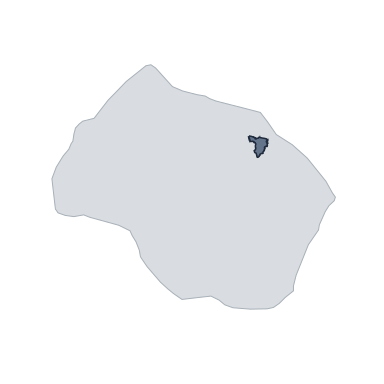 Kueneng, Berea, Lesotho (highlighted), rotated 73°
{"feature_id": "5366337B11149165517433", "entity_name": "Kueneng", "entity_type": "district", "adm_level": 2, "iso_a3": "LSO", "parent_name": "Lesotho", "parent_adm1": "Berea", "projection": "orthographic", "projection_center": [27.999, -29.014], "detail": "fine", "context": "in_parent", "style": "filled", "palette": "slate", "viewbox_px": 384, "rotation_deg": 73, "n_neighbors": 0, "source": "geoboundaries", "source_scale": "gbopen_adm2", "svg_char_len": 4871}
<svg xmlns="http://www.w3.org/2000/svg" viewBox="0 0 384 384"><g transform="rotate(73 192 192)"><path d="M250.4,256.7L240.1,259.9L238.7,260.2L232.1,259.4L223.3,260.1L216.4,261.9L211.0,262.6L202.3,271.9L186.4,297.0L182.2,302.3L181.0,312.2L177.3,320.1L172.8,326.2L168.4,327.6L155.2,325.2L138.4,322.1L128.5,314.5L119.8,304.6L115.1,297.3L110.3,293.3L108.6,291.1L101.7,287.8L99.1,286.1L96.8,284.8L94.0,280.0L92.3,275.8L92.9,264.1L88.0,257.2L79.6,245.3L74.3,235.6L67.0,222.4L62.5,211.0L57.8,199.2L58.3,194.1L62.7,190.6L75.5,184.6L85.5,179.9L92.6,171.5L100.3,158.9L104.1,151.3L107.9,147.8L112.0,142.5L119.2,130.7L127.2,117.5L135.9,103.4L146.8,99.3L161.7,94.6L176.1,82.3L193.2,71.9L220.9,60.8L233.9,58.0L238.8,56.4L241.9,58.5L245.1,65.0L249.8,70.4L260.6,79.8L265.3,82.1L276.4,96.1L288.3,105.7L302.1,116.8L311.4,122.4L316.2,123.9L320.1,133.7L324.0,141.0L326.2,147.8L325.7,154.3L321.1,170.4L314.6,186.8L309.5,193.6L303.2,197.8L297.1,204.3L294.6,217.5L291.8,233.0L283.8,239.3L277.7,243.4L269.1,248.5L250.4,256.7Z" fill="#d9dde1" stroke="#a8b0b8" stroke-width="1"/><path d="M177.9,119.4L177.9,119.1L178.0,118.9L178.1,118.7L178.0,118.4L177.8,118.0L177.7,117.7L177.5,117.4L177.4,117.4L177.4,117.2L177.1,117.0L176.9,116.8L176.8,116.6L176.8,116.4L176.6,116.4L176.1,116.2L175.9,116.1L175.7,115.7L175.7,115.4L175.8,115.2L175.6,114.9L175.4,114.5L175.4,114.4L175.5,114.1L175.6,113.8L175.7,113.5L175.8,113.4L175.8,113.1L175.6,112.8L175.6,112.7L175.3,112.7L175.2,112.6L174.8,112.5L174.6,112.5L174.4,112.3L174.3,112.1L174.2,111.9L174.1,111.7L173.6,111.3L173.7,111.2L173.7,110.9L173.5,110.7L173.2,110.6L172.9,110.6L172.4,110.4L172.4,110.2L172.2,110.0L172.2,109.9L172.0,109.7L171.9,109.5L171.6,109.5L171.4,109.5L171.2,109.5L171.0,109.4L171.0,109.5L171.0,109.8L170.9,109.8L170.8,109.6L170.7,109.6L170.6,109.4L170.3,109.1L170.2,109.0L170.1,108.8L170.2,108.7L170.2,108.4L170.1,108.5L170.1,108.4L170.1,108.2L170.0,107.9L169.9,107.8L169.9,107.7L170.1,107.7L170.1,107.4L169.9,107.5L169.9,107.4L169.9,107.2L170.0,107.1L169.9,106.9L170.0,106.8L170.1,106.7L169.8,106.6L169.7,106.4L169.4,106.5L169.2,106.5L169.1,106.4L168.9,106.4L168.7,106.3L168.6,106.2L168.4,106.0L168.2,106.0L168.2,105.9L167.9,105.7L167.7,105.4L167.6,105.5L167.4,105.9L167.3,106.0L167.2,106.1L166.9,106.1L166.7,106.1L166.4,106.0L166.4,105.9L166.2,105.8L166.2,105.7L166.1,105.8L166.1,105.7L165.9,105.9L165.7,105.8L165.7,105.7L165.4,105.4L165.4,105.2L165.2,104.8L165.2,104.6L165.0,104.4L164.9,104.4L164.7,104.3L164.8,104.3L164.7,104.3L164.7,104.5L164.5,104.8L164.4,104.8L164.3,104.7L164.3,104.8L164.2,104.9L164.2,105.0L164.1,104.9L164.1,105.1L163.6,104.9L163.5,105.1L163.4,105.1L163.2,105.1L163.0,105.3L162.8,105.4L162.5,106.0L162.5,106.3L162.1,106.6L162.0,106.8L161.6,107.6L161.4,108.0L161.2,108.5L160.9,109.1L160.8,109.3L160.7,109.4L160.4,109.9L160.2,110.4L159.7,111.1L159.4,111.1L159.6,111.3L159.3,111.9L159.3,112.0L159.3,112.3L159.5,112.5L159.8,112.7L159.9,112.9L159.9,113.3L159.8,113.6L159.7,114.1L159.5,114.4L159.5,114.5L159.7,114.9L159.8,115.0L160.0,115.1L160.0,115.5L159.9,115.6L159.7,115.6L159.6,115.9L159.4,115.8L159.1,115.8L159.1,115.7L158.8,115.6L158.7,115.6L158.7,115.8L158.8,115.9L158.8,116.1L158.2,116.2L158.0,116.4L157.9,116.5L157.9,116.8L157.8,117.0L157.7,117.1L157.3,117.0L157.2,117.1L157.0,117.4L157.0,117.6L156.9,117.8L156.9,118.1L156.7,118.3L156.5,118.5L156.4,118.6L156.2,118.9L156.1,119.0L155.9,119.7L155.7,119.9L155.6,120.0L155.4,120.2L155.4,120.3L155.3,120.5L155.6,120.9L155.7,121.1L155.8,121.2L155.9,121.3L155.8,121.5L155.8,121.8L156.1,121.8L156.3,121.8L156.4,121.7L156.6,121.9L156.8,121.9L156.8,121.6L157.0,121.6L157.1,121.8L157.5,121.8L157.5,121.6L157.6,121.4L157.9,121.5L158.0,121.5L158.2,121.8L158.1,122.0L158.4,122.0L158.5,121.9L158.6,121.5L158.6,121.4L159.1,121.4L159.4,121.5L159.5,121.5L159.4,121.9L159.5,122.0L159.8,121.8L160.2,121.8L160.3,121.8L160.4,121.6L160.6,121.7L160.6,121.3L160.8,121.3L160.9,121.2L160.9,120.9L161.0,120.7L161.0,120.4L161.1,120.2L161.2,119.9L161.2,119.7L161.1,119.4L161.2,119.2L161.3,119.2L161.5,118.9L161.6,118.7L161.7,118.4L161.8,118.4L162.0,118.5L162.3,118.4L162.5,118.3L162.5,118.2L162.7,118.3L162.9,118.2L162.8,117.9L162.9,117.7L163.0,117.7L163.1,117.4L163.3,117.1L163.5,117.1L164.0,117.2L164.4,116.9L164.5,116.9L165.0,117.0L165.3,117.2L165.7,117.6L165.9,117.7L166.4,117.8L166.5,117.9L166.7,118.0L166.9,118.0L167.5,118.2L167.8,118.1L168.0,118.1L168.4,118.3L168.7,118.3L168.8,118.2L169.1,118.4L169.5,118.7L169.9,118.8L170.0,118.9L170.3,119.3L170.3,119.7L170.4,119.8L170.6,120.0L170.8,120.2L170.8,120.4L170.8,120.5L171.0,120.5L171.6,120.4L172.0,120.5L172.6,120.4L172.8,120.1L173.1,120.0L173.2,119.8L173.3,119.5L173.5,119.4L173.9,119.3L174.1,119.3L174.5,119.4L175.0,119.3L175.6,119.4L176.3,119.4L176.4,119.5L176.5,119.5L176.7,119.4L176.8,119.3L177.0,119.4L177.1,119.5L177.3,119.4L177.4,119.5L177.7,119.5L177.9,119.4Z" fill="#64748b" stroke="#1e293b" stroke-width="1.5"/></g></svg>